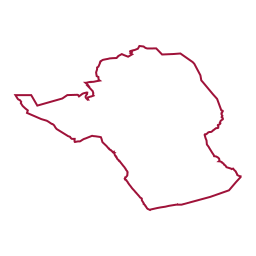 Rendalen nor, Hedmark, Norway (Natural Earth projection)
{"feature_id": "86288312B88288048958724", "entity_name": "Rendalen nor", "entity_type": "district", "adm_level": 2, "iso_a3": "NOR", "parent_name": "Norway", "parent_adm1": "Hedmark", "projection": "natural_earth1", "projection_center": [11.219, 61.807], "detail": "fine", "context": "isolated", "style": "outline", "palette": "rose", "viewbox_px": 256, "rotation_deg": 0, "n_neighbors": 0, "source": "geoboundaries", "source_scale": "gbopen_adm2", "svg_char_len": 5332}
<svg xmlns="http://www.w3.org/2000/svg" viewBox="0 0 256 256"><path d="M139.4,46.0L137.9,48.7L134.4,50.1L133.5,50.2L130.6,51.0L130.3,51.1L130.1,51.3L130.2,51.5L131.4,52.2L131.8,52.3L131.5,52.8L130.8,53.1L130.6,53.2L132.2,54.3L128.1,56.7L124.0,55.1L121.8,54.1L118.5,55.9L118.3,56.2L118.2,56.2L118.0,56.4L117.9,56.4L117.8,56.5L117.7,56.7L117.5,56.9L117.5,57.0L116.9,57.6L116.8,57.8L116.6,58.0L112.1,58.2L111.3,58.3L109.8,58.4L107.8,58.9L105.6,59.3L103.2,59.8L102.6,60.0L101.4,60.8L100.8,61.1L100.6,61.2L100.5,61.3L100.6,61.5L100.4,61.6L100.3,61.9L100.2,61.9L100.1,62.2L100.1,62.3L99.9,62.6L100.0,63.0L98.4,66.7L97.1,67.5L97.1,68.3L97.1,69.3L96.1,72.4L96.3,73.9L96.7,76.1L98.4,77.0L98.6,79.7L99.8,80.6L95.9,81.3L93.6,81.8L91.5,81.9L91.3,81.9L91.3,82.0L90.7,82.1L89.7,82.0L86.1,82.8L85.5,82.8L87.8,84.9L88.6,86.0L87.8,86.0L91.8,90.2L92.2,90.7L92.7,91.1L92.9,91.9L93.2,92.7L93.3,93.1L93.2,93.2L93.2,93.3L93.1,93.9L93.1,94.0L93.3,95.4L93.5,95.6L92.8,95.9L91.9,96.2L91.2,96.5L90.3,96.6L89.9,96.8L88.8,97.2L88.1,97.3L87.9,98.0L87.8,98.7L87.8,98.8L87.8,99.0L87.9,99.3L88.1,99.6L87.9,99.6L87.6,99.7L87.2,99.2L86.9,98.8L86.6,98.6L86.3,98.4L85.8,97.6L85.6,97.1L85.6,96.6L85.7,96.2L86.6,94.5L87.0,94.2L86.9,93.8L86.9,93.5L87.0,93.3L87.1,93.1L87.3,92.9L87.3,92.6L86.8,92.5L83.9,93.2L83.2,93.5L82.5,93.7L82.2,94.0L79.0,96.4L78.6,95.8L78.3,95.5L78.2,95.1L77.4,94.8L67.3,95.1L62.3,98.5L37.3,105.6L31.2,95.1L15.4,95.1L17.7,98.8L18.3,99.4L20.1,100.3L21.2,101.9L20.8,103.1L22.7,106.0L25.4,108.5L27.8,110.4L27.0,112.9L41.3,119.1L46.7,120.7L48.3,121.6L51.7,123.9L52.5,124.0L54.1,125.3L55.4,127.5L56.6,129.0L67.1,135.5L68.0,136.1L70.0,136.8L70.5,137.6L71.1,138.3L71.9,138.9L74.7,138.9L74.7,139.2L74.6,139.5L74.4,139.9L74.5,140.2L74.6,140.9L74.6,141.6L74.7,141.8L74.9,142.0L77.9,141.4L79.9,141.4L80.8,140.9L82.6,139.7L84.1,138.9L85.4,138.5L92.1,135.8L93.4,136.1L95.6,136.3L99.7,136.9L100.9,137.2L101.6,139.1L102.1,141.0L102.5,142.2L106.6,146.1L108.8,148.7L109.0,148.7L108.9,148.7L109.0,148.7L109.0,148.8L108.9,148.8L109.0,148.8L109.1,149.0L109.6,149.4L109.7,149.6L110.0,149.7L110.4,149.8L110.5,150.0L110.8,150.2L111.1,150.3L111.3,150.6L111.4,150.8L111.8,151.0L112.4,151.6L112.8,151.8L113.1,151.8L113.2,152.0L113.3,152.1L113.6,152.0L113.5,152.3L113.7,152.6L114.0,152.7L113.8,152.8L114.0,152.9L114.1,153.2L114.6,154.0L114.7,154.6L114.8,155.0L115.9,156.7L116.1,156.5L116.5,157.1L116.6,157.3L116.6,157.6L116.9,158.0L117.0,158.4L117.4,159.1L117.5,159.2L118.4,159.9L118.6,160.3L118.8,160.3L119.0,160.6L119.1,161.0L119.8,161.3L119.8,161.5L120.0,161.6L120.4,162.2L120.9,162.8L121.0,163.0L121.7,163.8L121.9,164.1L123.4,166.0L124.2,166.9L124.3,167.0L124.5,167.3L124.7,167.7L125.1,168.2L125.5,168.6L125.7,169.3L125.9,169.5L126.1,169.9L127.3,171.4L127.5,171.9L127.6,172.2L127.5,172.3L127.4,172.5L127.4,173.2L127.5,173.7L127.3,174.2L127.4,174.5L127.3,175.1L127.3,175.4L127.1,175.8L126.8,176.1L126.5,176.4L125.9,177.2L125.5,177.5L125.2,177.5L125.2,177.8L125.2,178.1L124.7,178.6L124.8,179.0L125.0,179.4L125.2,179.7L125.4,179.8L125.8,179.8L126.3,180.1L126.4,180.4L126.6,180.7L126.6,180.8L126.8,181.0L127.6,181.9L127.7,182.1L127.8,182.6L128.1,182.9L128.4,183.3L128.7,183.6L128.8,184.0L130.5,186.1L132.2,188.4L134.6,191.0L135.7,192.4L136.2,192.7L136.3,193.0L138.7,195.7L139.4,196.5L140.0,197.4L141.5,198.3L141.8,198.6L141.8,199.4L141.8,199.9L141.8,200.1L141.9,200.4L143.8,203.4L143.6,203.9L144.2,204.4L144.9,205.0L145.4,206.0L145.7,206.3L145.9,206.4L145.9,206.6L146.2,207.0L146.4,207.3L146.6,207.6L147.1,208.4L147.7,208.9L149.3,209.6L149.8,209.9L150.1,210.0L150.7,209.5L157.4,208.0L160.6,207.4L165.3,206.7L168.7,205.9L169.8,205.7L176.0,204.7L177.3,204.7L177.6,204.4L177.9,204.7L181.4,204.7L210.2,196.9L227.6,190.8L229.0,190.3L236.0,182.1L240.6,177.1L240.6,176.3L239.9,176.2L239.4,176.1L238.3,175.5L237.6,175.2L237.2,174.9L237.1,174.4L236.8,173.4L236.3,172.8L236.1,172.3L236.0,172.2L235.8,171.5L234.3,170.1L233.1,168.6L231.6,169.1L231.0,168.6L226.5,167.2L225.4,165.5L223.9,164.5L223.6,163.6L222.0,162.6L221.8,162.1L220.1,161.4L218.9,161.3L219.5,160.8L219.1,158.6L217.7,157.3L215.9,156.4L214.1,156.2L213.7,154.9L212.3,152.9L209.1,147.7L208.7,146.9L206.9,144.5L206.8,143.6L206.5,140.4L205.7,138.5L205.4,137.6L204.9,135.8L204.7,135.1L204.6,134.9L204.7,134.7L205.1,134.2L206.0,134.3L206.7,133.9L207.5,133.1L207.9,132.8L208.1,132.5L208.3,132.4L209.4,132.0L210.7,132.0L211.4,131.8L211.8,131.5L212.1,131.3L212.4,131.1L212.9,130.5L213.6,130.0L214.0,129.8L214.4,129.4L214.9,129.0L215.8,128.4L216.2,128.1L217.1,128.1L217.6,128.0L217.9,128.0L218.2,127.8L218.2,127.7L218.2,127.4L218.4,126.9L218.4,126.7L218.3,126.3L217.9,125.7L217.8,125.4L217.9,125.0L218.1,124.9L218.7,124.6L219.1,124.6L219.5,124.4L220.2,123.7L220.4,123.4L220.4,123.2L219.9,122.6L220.1,122.3L220.2,121.9L220.7,120.8L221.4,120.3L221.8,120.0L222.1,119.7L222.7,119.4L222.9,119.1L222.9,118.7L222.7,118.4L222.6,117.9L222.4,117.7L221.8,117.4L221.6,117.1L221.9,116.6L222.1,116.5L222.3,116.2L222.4,115.7L222.0,115.3L221.9,115.0L221.5,114.3L221.5,114.1L221.5,113.7L221.7,113.4L221.5,113.1L222.1,112.5L222.2,112.4L222.2,112.0L222.3,111.9L222.4,111.7L222.7,111.3L222.8,111.1L222.7,111.0L222.5,110.7L221.3,110.3L217.1,98.9L212.9,94.2L202.9,82.2L201.3,80.4L200.4,75.3L194.3,63.8L192.7,62.1L180.4,53.5L173.7,54.0L162.1,54.5L156.2,48.4L147.3,48.5L145.4,47.9L143.6,46.5L139.4,46.0Z" fill="none" stroke="#9f1239" stroke-width="2"/></svg>